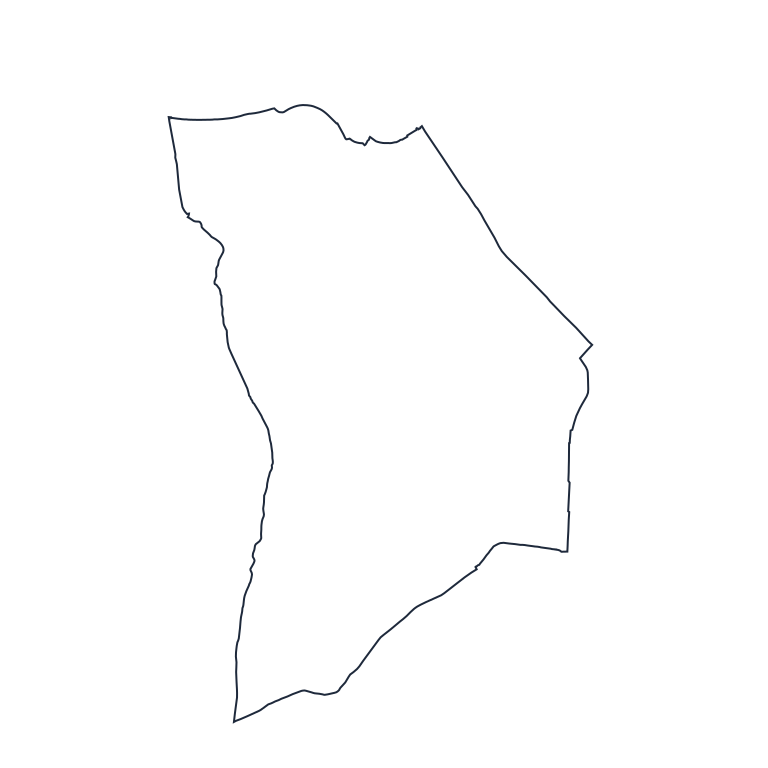 outline of Oostzaan, Noord-Holland, Netherlands, rotated 169°
{"feature_id": "6326949B95848699566336", "entity_name": "Oostzaan", "entity_type": "district", "adm_level": 2, "iso_a3": "NLD", "parent_name": "Netherlands", "parent_adm1": "Noord-Holland", "projection": "albers", "projection_center": [4.881, 52.452], "detail": "fine", "context": "isolated", "style": "outline", "palette": "slate", "viewbox_px": 768, "rotation_deg": 169, "n_neighbors": 0, "source": "geoboundaries", "source_scale": "gbopen_adm2", "svg_char_len": 6046}
<svg xmlns="http://www.w3.org/2000/svg" viewBox="0 0 768 768"><g transform="rotate(169 384 384)"><path d="M544.4,687.1L544.6,682.7L544.9,650.1L545.0,649.0L545.6,646.5L545.7,646.0L545.5,642.4L545.4,639.3L548.0,614.0L548.1,596.1L547.3,593.3L546.7,591.7L546.0,590.3L544.9,588.5L542.9,588.5L543.2,587.6L544.0,586.0L544.8,585.2L543.4,584.0L541.6,582.3L540.4,581.1L539.3,580.1L538.0,579.5L534.8,578.7L533.9,578.2L533.2,576.8L533.0,576.1L532.9,575.5L532.8,574.6L533.0,573.2L532.9,572.5L532.4,571.7L531.4,570.1L528.2,566.0L526.6,563.7L525.6,561.9L525.0,561.1L522.5,559.0L521.3,557.9L519.0,555.3L518.4,554.5L517.7,553.5L516.6,551.3L515.9,549.1L515.8,547.7L515.9,546.8L516.0,545.9L516.4,544.9L516.9,543.9L522.1,537.5L522.7,536.5L524.1,532.6L524.4,532.1L525.5,530.8L526.4,529.7L526.8,528.3L527.4,526.2L528.1,521.6L529.8,518.6L530.7,517.2L530.9,516.5L531.1,515.3L531.1,514.7L531.0,514.4L530.1,513.7L529.5,513.1L529.1,512.4L527.9,509.9L527.6,509.3L527.3,508.6L527.2,507.9L527.1,505.4L527.2,503.4L527.1,502.6L526.8,501.9L526.8,501.6L527.1,499.7L527.6,497.2L528.3,493.4L528.4,492.4L528.2,489.3L528.2,488.3L529.1,484.8L529.3,483.7L529.4,482.5L529.2,479.9L529.2,479.2L529.7,476.1L529.9,474.1L529.8,472.8L529.5,471.2L529.2,470.3L528.7,468.1L528.3,467.2L528.2,466.5L528.4,464.5L528.6,463.7L528.8,462.4L529.5,454.9L529.4,449.3L529.1,447.6L528.0,442.7L519.0,405.6L518.6,400.3L518.7,398.6L518.6,398.2L517.8,396.9L517.7,396.4L517.6,395.1L517.3,394.3L516.7,393.0L516.5,392.2L516.4,391.2L516.3,390.8L515.3,389.5L512.2,381.3L510.4,376.1L509.8,373.3L507.0,364.0L506.6,362.4L506.4,360.6L506.5,357.2L506.4,354.8L506.6,350.5L506.3,347.2L506.8,338.0L507.7,332.5L507.8,330.5L507.9,329.2L508.2,327.8L508.4,327.2L509.1,326.2L509.6,325.7L509.7,325.4L509.8,324.9L509.8,323.8L510.0,323.0L510.4,322.1L510.8,321.5L512.8,319.1L513.9,316.8L514.2,316.1L515.8,313.0L516.7,310.7L517.5,308.9L517.9,307.7L518.6,305.1L519.2,303.8L520.5,301.2L520.8,300.6L521.6,299.3L522.0,298.6L522.9,297.4L524.4,290.7L525.0,288.7L526.0,285.9L526.4,284.6L526.6,282.4L526.7,279.0L527.2,277.5L527.4,277.0L529.0,274.6L530.0,272.6L531.1,269.3L531.5,267.9L532.2,264.5L533.3,260.3L533.9,256.2L534.2,255.6L534.9,254.7L535.4,254.2L536.0,253.5L540.4,251.2L540.7,250.9L541.3,250.1L541.6,249.6L542.4,247.3L543.0,245.8L544.9,242.7L545.7,240.1L545.7,239.2L545.1,237.5L544.8,236.3L544.8,235.5L544.9,235.0L545.4,234.1L546.4,232.6L550.4,227.9L550.6,226.8L550.3,225.5L550.0,224.4L549.9,224.0L549.9,222.7L549.9,222.3L550.1,221.7L551.0,219.3L552.7,215.6L553.4,214.5L554.4,213.3L555.2,211.8L558.6,207.0L561.1,202.8L562.0,200.8L562.5,199.4L564.2,193.9L564.8,192.5L565.6,191.2L565.8,190.7L566.6,187.9L567.3,186.1L568.5,183.3L569.0,182.0L570.2,178.1L571.9,172.0L575.1,161.9L576.1,160.0L577.2,158.4L578.5,155.1L579.6,151.7L580.5,148.7L581.4,144.7L581.9,139.0L583.0,134.1L584.1,129.5L585.6,119.6L586.6,112.4L587.2,108.7L588.1,104.3L593.2,89.1L595.8,80.9L593.6,81.6L588.8,82.4L581.5,84.0L569.0,87.0L567.2,87.6L558.7,91.6L555.9,92.0L553.8,92.5L551.3,93.2L547.7,93.8L544.8,94.6L538.3,95.7L532.8,97.0L530.3,97.4L523.6,98.5L522.0,98.5L520.4,98.3L519.0,97.7L513.9,95.1L512.5,94.3L511.0,93.6L506.7,92.3L503.6,91.1L502.2,90.4L501.4,90.2L498.4,90.1L491.6,90.3L489.6,90.5L488.1,91.1L487.1,91.7L486.3,92.3L485.8,93.0L484.8,94.1L479.0,98.4L474.6,103.3L472.6,105.3L469.0,107.0L464.8,109.4L462.0,111.6L461.6,112.0L457.1,116.4L447.0,125.7L438.2,133.8L435.6,136.0L432.1,137.9L424.1,142.0L413.6,147.8L410.1,149.6L406.1,151.9L401.4,155.1L397.5,157.5L395.9,158.3L393.8,159.2L390.0,160.4L384.0,162.0L368.2,165.7L364.7,167.2L341.8,178.8L334.2,182.2L328.4,184.4L329.1,186.9L328.2,187.4L327.8,187.3L326.5,188.1L326.1,188.2L325.2,188.3L324.9,188.4L324.2,189.2L319.8,192.8L316.1,196.3L313.4,198.4L311.8,200.0L309.7,201.7L307.5,203.6L306.8,203.9L303.2,205.0L302.0,205.3L300.1,205.6L296.9,205.3L291.5,203.5L285.8,201.8L280.6,200.0L278.8,199.7L276.4,199.0L273.7,198.0L267.7,196.0L267.6,195.9L264.4,195.0L262.2,194.2L261.2,193.7L251.8,190.5L250.6,189.9L247.2,188.9L247.3,188.8L244.8,187.9L243.5,187.2L242.7,186.5L241.9,185.5L236.0,184.5L234.7,189.8L233.6,194.6L231.2,204.1L228.5,215.7L226.6,223.0L227.5,223.9L220.6,251.7L221.5,253.8L219.5,262.3L218.5,267.1L217.2,273.0L213.6,290.6L213.5,290.8L212.9,290.8L212.1,294.1L211.2,297.0L209.7,302.7L207.9,303.1L204.7,309.7L201.3,316.0L196.3,322.9L193.4,326.4L187.7,332.9L187.1,333.7L185.4,336.5L184.5,339.9L182.9,349.3L181.8,356.4L181.8,358.6L182.6,362.1L186.5,371.3L186.7,371.9L177.6,378.8L172.2,382.7L175.2,386.9L184.6,402.4L194.1,416.2L202.9,429.8L205.2,433.3L207.6,438.0L224.2,463.3L239.2,485.3L243.0,492.0L245.0,497.3L247.6,506.5L254.2,525.4L256.3,532.2L258.6,538.1L260.4,541.1L265.4,553.6L269.7,562.2L283.6,595.9L295.5,624.0L297.6,629.9L298.4,629.4L299.3,629.0L299.4,628.8L299.6,628.1L301.5,627.5L301.6,628.1L302.0,628.4L302.9,628.4L303.1,628.8L303.3,628.7L303.2,628.3L303.5,628.2L303.7,627.1L304.9,626.8L313.8,623.5L313.9,622.3L318.4,620.8L319.3,620.4L320.9,620.5L321.8,620.3L323.0,619.7L325.7,619.0L327.1,619.2L330.5,619.1L331.6,619.2L338.8,620.7L341.7,621.8L344.2,623.0L345.7,623.9L350.6,629.2L351.4,628.4L351.6,628.0L351.9,627.2L352.1,626.8L352.4,626.5L353.2,626.2L353.6,625.9L353.9,625.7L354.4,624.9L356.2,622.8L356.7,622.4L357.5,622.1L359.0,624.4L362.1,625.2L364.1,626.0L366.6,627.3L367.4,627.9L368.9,629.2L370.2,630.7L370.4,630.7L370.9,631.4L372.9,631.3L374.3,631.4L374.9,632.1L375.3,633.2L376.2,636.8L380.0,648.7L380.8,648.7L387.6,658.6L389.1,660.6L390.7,662.5L392.4,664.3L394.2,665.9L396.7,667.7L400.3,670.0L402.4,671.0L403.8,671.5L406.2,672.3L410.4,673.3L413.5,673.6L416.1,673.6L419.3,673.3L422.9,672.6L425.2,672.0L430.3,670.1L431.1,670.0L431.8,670.0L434.4,670.7L435.1,671.0L435.8,671.5L437.5,673.2L439.1,675.5L441.2,675.5L447.0,674.9L454.6,674.5L458.8,674.5L463.4,674.8L464.7,675.0L466.4,675.0L469.9,674.9L473.8,674.4L478.9,674.2L482.6,674.2L485.7,674.4L491.9,674.9L496.9,675.5L500.1,676.1L502.5,676.3L515.4,678.6L522.9,680.2L525.5,680.8L527.7,681.5L529.7,681.9L531.9,682.5L533.8,683.2L535.3,683.6L541.8,685.8L542.2,685.7L542.1,686.4L544.4,687.1Z" fill="none" stroke="#1e293b" stroke-width="2"/></g></svg>